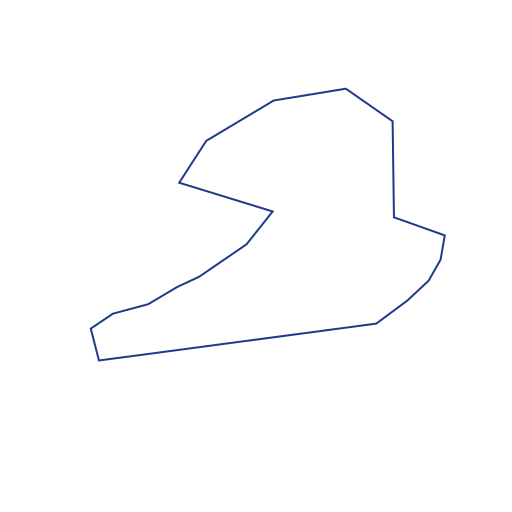 outline of Vårdö, rotated 56°
{"feature_id": "ALD-4820", "entity_name": "Vårdö", "entity_type": "state/province", "adm_level": 1, "iso_a3": "ALA", "parent_name": "Aland", "parent_adm1": "", "projection": "orthographic", "projection_center": [20.395, 60.233], "detail": "fine", "context": "isolated", "style": "outline", "palette": "blue", "viewbox_px": 512, "rotation_deg": 56, "n_neighbors": 0, "source": "natural_earth", "source_scale": "10m", "svg_char_len": 401}
<svg xmlns="http://www.w3.org/2000/svg" viewBox="0 0 512 512"><g transform="rotate(56 256 256)"><path d="M344.5,88.0L362.3,105.1L373.0,126.7L377.6,155.6L379.3,194.1L254.8,444.6L223.8,433.6L223.8,406.9L235.7,372.2L237.6,338.7L241.4,314.7L241.0,257.3L228.4,217.3L152.3,278.7L132.7,232.8L137.0,154.3L167.5,88.0L220.7,67.4L301.1,120.0L344.5,88.0Z" fill="none" stroke="#1e3a8a" stroke-width="2"/></g></svg>